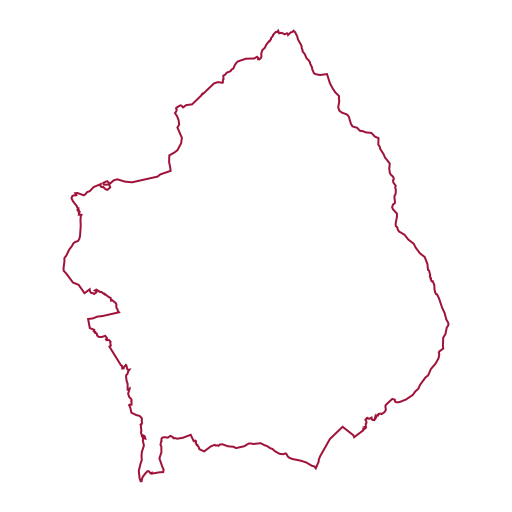 Calvini, Buzau, Romania
{"feature_id": "2599482B35785956120481", "entity_name": "Calvini", "entity_type": "district", "adm_level": 2, "iso_a3": "ROU", "parent_name": "Romania", "parent_adm1": "Buzau", "projection": "albers", "projection_center": [26.287, 45.248], "detail": "fine", "context": "isolated", "style": "outline", "palette": "rose", "viewbox_px": 512, "rotation_deg": 0, "n_neighbors": 0, "source": "geoboundaries", "source_scale": "gbopen_adm2", "svg_char_len": 5978}
<svg xmlns="http://www.w3.org/2000/svg" viewBox="0 0 512 512"><path d="M315.8,468.3L318.7,461.5L318.7,459.9L320.0,456.5L329.9,439.0L342.6,426.8L353.3,435.2L354.1,437.2L363.2,430.4L363.3,428.9L364.3,429.1L365.7,427.8L364.4,427.1L365.8,426.6L365.8,423.6L366.5,422.8L366.3,421.4L365.4,419.8L366.9,417.9L367.6,417.9L367.9,418.7L369.5,418.7L371.5,417.6L371.8,419.2L372.4,419.9L374.4,420.1L375.4,416.4L375.9,417.7L377.3,415.0L378.1,415.4L378.7,413.9L380.9,413.6L381.7,414.1L384.6,412.0L385.9,409.7L385.4,406.9L385.6,405.1L392.3,398.9L394.8,399.7L395.2,401.7L395.6,401.9L397.0,402.4L399.7,402.0L406.0,399.5L412.7,395.0L415.4,391.3L418.3,388.8L420.1,384.8L425.5,377.4L428.2,375.3L430.9,369.0L435.5,363.7L438.6,358.1L439.3,354.2L438.8,352.5L439.3,351.4L443.2,348.6L442.9,346.1L443.2,337.7L445.4,334.1L446.8,327.4L448.0,325.9L448.5,324.3L448.2,322.8L446.2,319.2L444.7,313.2L442.2,307.9L439.0,298.4L437.1,294.5L436.0,294.1L435.1,292.1L434.5,289.4L434.3,285.0L432.7,281.2L431.7,281.3L431.0,279.9L430.5,278.5L430.9,278.4L430.7,277.6L429.8,276.4L430.2,275.2L429.1,270.7L428.0,269.8L427.4,264.0L424.7,257.0L419.9,253.3L415.4,247.2L413.8,243.8L408.1,239.4L404.7,234.9L399.0,231.5L397.6,229.2L397.4,227.5L395.8,226.1L395.6,223.8L397.0,216.3L396.9,213.6L392.9,209.2L392.1,207.1L393.1,204.4L394.6,203.4L395.0,202.5L394.4,197.0L394.6,195.4L395.3,194.8L395.7,193.2L395.8,189.4L395.2,187.7L395.7,185.8L393.4,182.6L393.0,180.4L393.8,179.1L393.7,178.2L392.8,176.4L391.0,174.9L389.8,172.9L389.2,168.0L389.5,167.1L389.7,163.4L384.9,157.4L383.5,154.0L380.2,148.9L379.6,146.4L378.3,144.7L378.5,138.1L375.0,136.7L371.3,132.9L365.9,132.4L362.6,131.1L360.1,130.9L357.1,127.8L352.5,126.4L350.9,123.8L349.0,117.2L348.1,115.6L346.9,114.5L341.7,112.5L339.4,110.7L338.2,107.4L339.3,100.8L338.8,98.3L339.1,96.9L338.9,95.9L335.3,92.4L332.6,88.3L329.9,83.2L327.0,74.1L320.0,75.0L315.7,74.2L314.0,73.3L312.3,69.4L311.9,67.1L310.2,63.8L310.0,62.4L308.7,60.3L306.6,58.3L304.7,54.0L302.5,51.3L302.6,50.2L301.9,48.8L301.4,45.5L298.0,39.5L297.2,36.4L295.0,32.0L293.5,30.7L292.8,31.8L290.6,32.5L288.1,34.9L288.0,34.3L287.0,33.3L284.6,34.3L281.7,32.8L279.1,33.3L278.4,32.5L278.6,31.9L278.2,30.7L277.3,31.9L275.7,32.0L273.0,35.0L273.1,35.6L271.0,38.2L271.0,39.4L270.0,40.3L269.6,41.4L268.9,41.3L266.2,44.8L264.9,47.7L262.3,50.2L261.2,53.8L261.5,56.1L261.2,57.2L260.7,58.3L259.3,59.4L258.1,59.3L258.2,57.8L257.0,56.8L254.2,58.5L246.0,58.7L237.9,61.4L236.3,62.9L234.8,65.1L233.3,68.6L231.6,69.5L230.5,71.2L226.7,72.7L225.2,74.6L223.3,75.7L223.5,79.2L222.9,79.9L222.9,82.5L222.5,82.8L218.0,82.1L214.0,83.4L203.1,93.8L202.7,93.5L202.0,94.1L201.5,94.9L201.6,95.2L192.0,104.4L186.2,105.1L183.1,107.4L181.4,105.6L180.2,105.4L176.6,107.6L176.0,108.3L176.7,109.5L176.3,111.3L175.0,113.1L177.1,116.3L178.6,120.1L179.2,124.6L177.4,127.5L181.9,137.8L181.1,143.4L177.4,150.2L174.6,152.4L169.3,155.4L169.1,162.0L170.3,168.0L170.6,170.9L160.3,174.4L157.6,176.6L132.0,182.3L124.8,181.6L117.3,179.3L113.6,180.4L110.4,183.3L109.3,183.2L107.2,181.2L106.4,181.4L103.3,182.9L103.6,184.3L104.5,184.7L109.2,184.5L110.2,187.5L107.2,189.9L105.6,189.2L103.0,186.8L102.4,187.2L100.8,186.6L100.4,185.7L100.8,184.1L93.7,187.0L89.7,191.2L87.1,192.1L85.3,194.4L83.7,195.3L77.4,193.0L75.3,193.2L76.4,195.1L76.0,195.3L73.4,195.4L72.2,196.2L71.5,198.3L73.0,201.3L76.8,206.1L77.2,207.5L78.4,208.2L77.4,209.9L77.8,210.4L78.8,210.3L78.7,211.3L79.6,211.7L79.5,212.4L79.0,211.8L78.6,212.1L79.1,213.5L78.8,214.7L81.4,214.9L80.8,216.0L80.5,219.5L80.7,226.3L80.0,236.2L79.2,239.2L77.9,241.1L75.1,242.0L73.3,243.4L72.2,245.7L69.2,249.6L66.4,255.4L64.4,258.1L64.4,261.6L63.5,268.5L63.7,270.8L66.5,273.8L72.9,282.5L78.6,284.8L84.5,293.2L89.7,289.3L89.9,291.0L91.0,292.9L93.1,293.2L94.1,294.0L96.5,292.2L96.6,291.2L94.9,290.5L96.3,289.6L99.2,291.3L99.6,291.9L101.4,292.0L104.4,294.2L104.5,293.8L109.0,297.2L110.6,297.9L111.1,300.6L112.1,300.1L116.0,303.3L116.5,305.1L116.2,306.3L116.7,308.3L117.5,309.3L117.8,310.8L119.0,312.3L102.2,316.1L97.3,316.6L92.9,318.4L88.1,319.0L89.8,328.1L94.2,329.8L93.7,331.2L95.3,331.9L95.3,332.5L94.8,332.5L95.1,333.0L96.6,333.4L97.1,334.3L97.1,335.5L98.7,336.9L101.9,337.0L105.2,335.8L107.1,338.4L106.9,339.0L106.0,339.4L106.4,340.1L109.3,340.2L110.6,341.9L110.2,342.6L110.8,345.6L109.4,346.6L120.9,365.2L121.9,365.7L122.3,368.6L123.7,368.4L124.0,367.0L125.9,364.9L126.3,365.3L127.3,369.2L128.0,369.8L129.5,369.6L128.1,371.6L127.5,373.9L126.3,375.1L126.0,376.1L126.6,380.8L127.6,383.7L127.6,389.6L128.2,389.6L129.6,388.5L129.5,389.6L128.6,390.3L128.9,391.6L128.1,393.5L129.1,396.8L131.3,399.2L131.6,400.3L131.2,401.3L131.6,402.0L131.5,404.7L129.7,404.6L129.1,405.1L130.3,407.7L131.4,412.7L136.3,415.1L139.4,415.8L141.4,417.7L142.0,418.9L141.7,420.5L142.1,423.0L140.8,424.4L141.3,424.7L140.8,425.6L141.4,431.2L140.9,432.1L142.0,436.3L143.3,437.0L143.6,436.4L143.1,435.4L144.3,436.0L144.8,436.6L145.3,438.5L143.0,437.5L142.7,437.7L143.3,439.4L142.8,440.2L143.9,445.7L141.9,451.7L141.5,455.9L141.8,460.1L140.5,463.8L138.8,470.9L139.6,478.4L140.7,481.3L141.6,481.2L142.2,478.1L143.0,476.5L145.6,473.1L147.7,471.1L148.9,471.3L150.4,473.2L151.4,472.9L151.1,473.5L151.4,473.7L159.4,472.3L163.2,472.1L163.6,469.5L162.3,466.8L159.4,458.3L161.4,452.4L161.3,446.4L160.5,444.9L161.0,442.2L161.6,441.1L161.3,440.6L161.5,439.0L161.8,438.1L162.9,437.4L165.2,437.2L167.7,437.7L170.4,435.9L172.8,437.1L173.5,438.3L175.0,438.1L177.2,438.7L182.8,437.8L190.7,434.8L193.7,441.1L195.1,440.5L195.9,441.1L196.1,441.7L195.6,442.9L196.1,443.3L196.7,445.0L197.4,445.0L197.5,445.7L198.4,446.5L199.4,449.2L204.1,451.4L211.1,446.2L214.7,444.9L216.0,445.6L217.4,445.3L218.6,445.8L219.7,444.6L222.6,444.3L227.9,446.3L233.8,446.8L235.4,447.9L236.5,448.0L244.4,446.2L248.7,443.5L251.4,443.5L253.2,444.0L260.7,443.2L264.4,445.2L266.8,445.9L270.4,448.3L272.4,448.9L274.9,451.2L279.8,453.9L283.4,454.2L285.7,453.4L286.4,453.9L287.8,456.5L289.0,457.6L292.0,458.9L300.8,460.7L306.1,462.4L312.1,465.9L314.4,466.4L315.8,468.3Z" fill="none" stroke="#9f1239" stroke-width="2"/></svg>